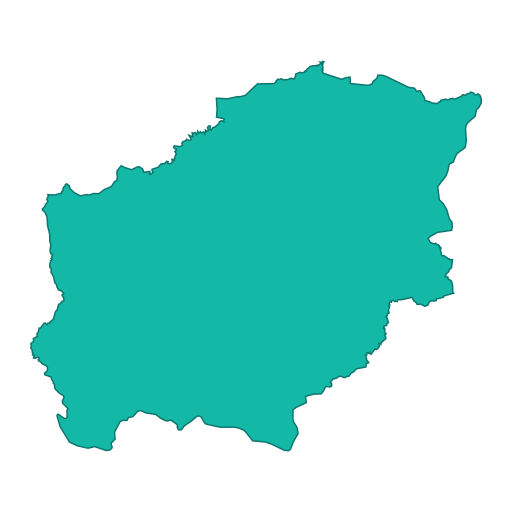 Tamot, Phatthalung, Thailand (orthographic projection)
{"feature_id": "78962969B20479375564270", "entity_name": "Tamot", "entity_type": "district", "adm_level": 2, "iso_a3": "THA", "parent_name": "Thailand", "parent_adm1": "Phatthalung", "projection": "orthographic", "projection_center": [100.035, 7.286], "detail": "fine", "context": "isolated", "style": "filled", "palette": "teal", "viewbox_px": 512, "rotation_deg": 0, "n_neighbors": 0, "source": "geoboundaries", "source_scale": "gbopen_adm2", "svg_char_len": 5927}
<svg xmlns="http://www.w3.org/2000/svg" viewBox="0 0 512 512"><path d="M420.2,90.8L416.4,91.2L414.5,88.2L408.4,87.3L386.7,76.7L382.6,75.3L377.9,75.1L377.0,78.2L373.2,81.3L372.1,83.8L368.3,85.4L350.3,83.5L350.1,77.1L345.8,77.7L341.7,79.3L323.4,73.3L322.0,71.7L322.9,70.7L322.9,69.0L322.0,69.1L323.0,66.7L322.1,65.1L323.2,63.8L322.8,62.1L323.8,61.8L322.8,61.3L322.2,62.2L320.3,62.2L321.3,62.8L321.3,63.7L320.5,63.3L319.3,65.0L317.4,65.1L317.1,66.1L315.8,65.5L315.2,66.0L312.8,65.7L310.4,66.4L306.7,69.4L306.5,70.8L305.3,70.9L305.5,71.6L304.3,71.7L304.0,72.5L301.2,72.9L300.3,72.2L295.8,74.0L295.3,76.7L294.0,79.0L291.1,78.2L287.6,79.6L283.2,79.9L281.4,78.7L279.4,79.7L278.0,79.1L276.0,81.0L275.8,82.3L273.7,83.6L257.4,83.9L245.5,95.3L240.4,96.7L237.2,96.7L227.6,98.8L216.4,98.2L217.1,109.9L216.5,117.2L224.0,118.7L224.2,119.6L223.3,120.7L223.7,121.6L221.5,120.7L219.4,121.7L218.8,123.7L214.9,127.0L212.8,127.7L211.1,130.3L210.0,129.6L210.3,126.0L208.8,125.9L207.5,127.4L208.4,130.6L207.2,131.2L205.5,130.1L205.7,131.9L205.0,132.2L204.8,134.0L203.6,131.9L201.5,132.9L200.3,131.7L199.7,132.7L198.6,132.9L197.7,131.2L196.7,134.6L195.8,134.4L195.2,132.6L193.4,133.2L192.2,132.8L193.0,136.8L189.0,135.3L191.2,139.2L190.3,140.3L188.9,140.4L186.6,139.2L185.8,140.6L182.7,141.8L181.8,143.3L182.6,145.2L180.4,146.6L174.2,145.8L173.6,147.4L174.7,148.7L176.2,149.0L176.5,150.1L174.8,151.5L176.3,153.6L174.5,157.9L174.5,160.2L173.3,160.5L172.7,159.3L171.9,159.3L172.5,162.0L170.0,164.1L167.6,163.0L168.1,161.6L166.4,161.4L164.8,163.6L160.9,164.0L158.0,167.4L152.1,169.2L152.0,170.7L153.2,172.3L150.4,174.5L149.3,174.1L150.1,172.4L149.7,171.4L143.7,172.3L142.7,169.1L139.7,166.9L137.3,166.9L131.6,169.7L124.3,167.4L121.2,165.7L117.2,170.6L116.8,173.0L117.4,176.7L116.8,180.4L114.4,181.8L111.4,186.5L104.6,189.4L98.6,193.8L93.6,193.5L88.9,195.1L86.8,194.5L80.3,195.9L74.3,192.6L70.3,189.0L69.0,185.6L66.7,183.8L65.3,184.7L65.5,185.6L63.3,187.5L62.6,191.1L61.7,191.6L61.3,193.2L54.4,195.0L47.9,194.6L48.3,195.9L46.8,199.7L47.8,201.2L47.6,202.3L45.5,204.3L45.0,206.3L42.3,209.1L42.6,210.1L45.0,212.2L47.1,217.1L47.5,225.3L49.6,233.9L49.9,242.1L50.9,244.7L50.1,249.6L50.3,252.8L50.9,253.8L52.7,254.6L51.7,256.3L51.9,257.5L51.0,258.4L52.1,259.6L50.7,260.6L49.8,264.1L49.9,267.4L51.3,268.9L51.0,272.2L53.6,276.8L54.8,282.9L56.5,284.4L56.9,286.8L58.5,290.0L60.7,290.5L63.5,292.8L63.6,293.8L62.4,294.3L62.0,295.3L63.8,298.1L63.9,300.8L61.9,301.5L60.4,303.6L58.6,304.4L57.0,310.2L55.7,311.3L55.1,312.8L53.4,319.1L50.1,321.9L50.0,323.0L48.1,323.1L47.2,324.8L45.5,323.1L44.2,323.1L40.5,328.0L39.2,328.1L38.1,332.3L36.8,334.0L37.5,336.3L33.3,338.6L33.7,341.4L30.9,343.5L31.4,345.8L30.7,347.7L32.2,350.1L32.2,352.2L33.0,353.3L32.5,354.8L34.4,355.5L33.5,358.0L35.1,358.4L37.4,357.1L39.0,357.7L39.4,358.6L38.2,359.6L38.5,360.8L40.8,362.0L42.0,363.7L45.8,365.5L47.5,367.3L47.5,369.8L46.9,371.3L44.7,372.9L44.7,374.7L51.1,377.0L51.6,379.4L53.4,381.7L53.2,383.2L54.3,384.1L55.0,388.8L59.1,393.0L63.7,395.8L63.8,398.0L62.4,400.7L62.6,403.2L68.2,408.8L67.0,410.1L67.1,417.5L66.1,418.4L64.0,418.3L58.3,414.2L57.2,414.8L57.1,416.3L60.2,426.8L69.5,442.1L77.1,445.7L88.0,448.2L94.7,446.6L106.1,450.5L109.7,450.1L111.7,448.4L112.2,447.0L111.2,444.5L111.4,442.9L115.1,439.2L114.5,432.2L120.0,421.8L122.4,420.4L127.0,420.4L128.4,417.6L132.9,416.6L137.5,411.5L139.7,410.6L141.2,410.7L145.4,412.8L156.0,414.5L160.4,418.1L165.5,420.7L167.8,420.9L170.7,419.9L177.4,424.8L177.3,427.4L178.2,429.6L179.1,430.0L181.4,429.8L184.6,425.6L191.4,421.0L197.1,416.1L199.4,416.0L201.4,417.3L204.5,422.9L206.2,424.1L219.9,427.2L234.9,427.2L240.1,428.5L244.0,430.4L245.9,432.2L252.6,440.8L265.4,442.0L272.2,444.4L284.3,450.3L288.6,450.7L290.5,449.2L293.2,442.1L298.1,433.5L297.1,427.6L293.8,422.3L292.9,419.2L293.0,409.8L296.0,407.5L306.3,402.6L305.6,397.1L306.2,396.1L314.2,394.1L321.0,393.9L322.4,392.6L325.6,386.8L327.3,386.4L329.8,387.0L331.4,386.4L331.8,384.0L330.4,382.3L332.8,379.1L336.3,378.3L339.2,376.2L342.4,376.7L343.8,377.6L345.7,377.4L346.6,376.3L348.7,376.4L351.0,373.3L354.1,371.5L356.1,368.9L365.9,367.0L366.2,363.2L368.1,363.1L368.7,362.3L366.5,360.0L366.6,358.4L365.3,355.5L366.7,355.2L366.9,352.9L367.6,352.6L368.5,353.3L369.7,352.3L370.1,353.9L371.3,354.1L374.8,349.0L376.7,349.5L378.6,347.7L379.5,345.7L378.6,344.4L378.7,343.6L379.9,343.4L380.8,344.3L381.0,342.8L385.8,338.7L385.6,336.6L384.6,335.3L386.2,333.8L384.5,332.2L384.9,329.6L384.7,328.2L383.6,328.7L383.7,326.4L386.8,325.2L386.7,323.9L388.4,322.5L387.0,317.6L386.0,316.8L387.3,315.5L387.6,313.6L389.2,312.9L388.4,310.7L389.5,306.6L388.6,305.6L389.9,305.0L389.1,303.4L390.1,301.8L391.4,302.2L391.3,300.9L393.1,300.3L394.5,301.4L395.1,300.8L395.3,301.3L397.1,301.6L398.0,299.7L401.4,299.7L412.1,297.4L413.7,300.7L416.5,303.0L417.1,304.4L421.0,304.2L424.8,306.3L427.9,305.0L429.5,301.5L432.5,300.6L433.3,301.1L436.2,300.6L436.4,299.0L443.5,297.2L443.8,295.9L453.7,293.2L452.8,292.2L452.6,285.5L451.5,281.1L447.9,278.6L448.0,277.2L445.1,276.4L446.0,274.3L448.7,271.7L449.2,269.8L451.5,267.8L452.5,259.6L449.7,259.6L449.5,258.9L448.0,258.6L444.0,255.6L442.4,255.9L441.3,254.5L441.3,252.5L440.3,250.9L440.7,249.8L440.1,248.6L441.0,248.0L440.6,247.3L439.5,247.3L439.4,245.7L437.5,244.4L436.3,244.5L435.7,243.3L434.8,244.0L430.4,242.6L428.1,238.5L430.1,236.5L437.3,232.4L451.6,230.3L452.3,226.8L452.0,222.2L449.4,218.8L446.7,209.6L443.2,203.6L439.3,199.7L437.7,186.7L446.1,175.7L448.0,170.4L449.1,164.3L453.7,161.8L453.7,160.3L456.8,153.7L464.8,147.8L465.4,146.6L466.3,140.4L465.5,129.6L466.0,125.6L467.6,122.8L475.1,116.3L476.5,109.8L479.0,107.2L481.1,103.4L481.3,98.8L480.0,95.5L477.8,93.7L476.6,94.8L475.4,95.0L473.7,93.1L470.7,92.1L470.1,93.0L466.4,94.2L465.4,95.3L462.9,94.7L461.0,96.5L454.4,99.3L452.9,98.4L450.3,98.8L447.6,100.1L446.1,99.1L440.7,100.3L440.1,102.0L439.0,102.0L437.0,103.6L431.7,102.9L429.6,101.7L424.8,100.5L424.4,97.6L420.2,90.8Z" fill="#14b8a6" stroke="#0f766e" stroke-width="1.5"/></svg>